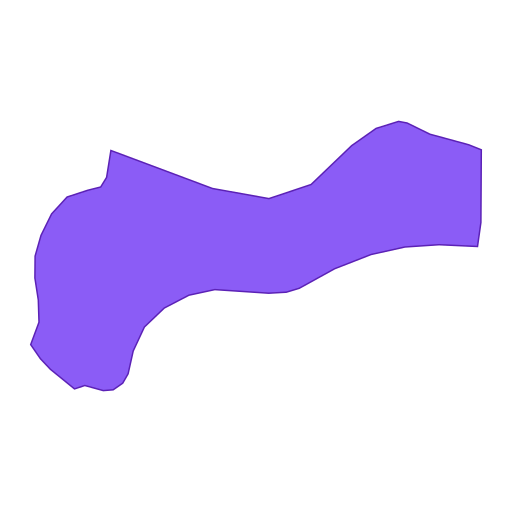 SVG path tracing the border of Mountain Province
{"feature_id": "PHL-2552", "entity_name": "Mountain Province", "entity_type": "Province", "adm_level": 1, "iso_a3": "PHL", "parent_name": "Philippines", "parent_adm1": "", "projection": "orthographic", "projection_center": [121.106, 17.071], "detail": "fine", "context": "isolated", "style": "filled", "palette": "violet", "viewbox_px": 512, "rotation_deg": 0, "n_neighbors": 0, "source": "natural_earth", "source_scale": "10m", "svg_char_len": 659}
<svg xmlns="http://www.w3.org/2000/svg" viewBox="0 0 512 512"><path d="M481.3,149.8L480.9,222.5L477.5,246.5L439.1,244.7L404.9,247.0L371.1,254.5L334.7,268.7L299.2,288.3L286.3,292.2L268.7,293.2L214.8,289.6L188.9,295.2L164.3,308.0L144.4,327.0L133.2,351.0L128.1,373.8L122.7,383.2L113.2,389.8L103.3,390.6L84.8,385.5L74.5,388.9L50.4,369.3L40.4,358.7L30.7,344.6L39.0,322.2L38.3,300.0L34.9,278.0L35.1,256.1L41.0,235.4L51.6,213.9L67.1,197.0L87.6,190.3L100.7,187.0L106.6,177.4L110.9,150.5L212.5,188.5L268.9,198.6L311.1,184.5L351.7,145.6L376.1,128.4L398.6,121.4L407.1,123.0L429.9,134.2L468.8,144.8L481.3,149.8Z" fill="#8b5cf6" stroke="#5b21b6" stroke-width="1.5"/></svg>